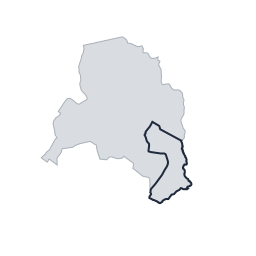 Western Bahr el Ghazal on a map of South Sudan (Robinson projection), rotated 216°
{"feature_id": "SDS-873", "entity_name": "Western Bahr el Ghazal", "entity_type": "State", "adm_level": 1, "iso_a3": "SSD", "parent_name": "South Sudan", "parent_adm1": "", "projection": "robinson", "projection_center": [25.577, 8.526], "detail": "fine", "context": "in_parent", "style": "outline", "palette": "slate", "viewbox_px": 256, "rotation_deg": 216, "n_neighbors": 0, "source": "natural_earth", "source_scale": "10m", "svg_char_len": 6637}
<svg xmlns="http://www.w3.org/2000/svg" viewBox="0 0 256 256"><g transform="rotate(216 128 128)"><path d="M193.1,190.6L186.9,197.7L186.4,198.1L185.7,198.6L183.2,198.6L180.6,198.3L178.2,196.5L175.8,197.9L174.2,198.3L173.3,198.5L171.2,198.7L168.1,199.5L166.8,200.4L166.0,201.2L165.4,202.5L165.1,202.7L164.6,202.5L163.8,202.0L162.2,201.2L161.3,199.4L160.6,198.4L160.0,197.8L157.4,199.6L156.2,200.0L155.1,199.9L153.3,198.9L151.2,198.1L150.2,198.1L148.6,199.1L146.8,200.7L145.9,202.3L145.4,203.2L144.8,201.8L144.2,200.9L143.3,200.5L141.6,200.9L141.2,200.4L141.1,199.2L140.8,198.1L140.4,197.2L139.0,196.4L135.6,194.7L133.0,191.4L131.6,189.8L130.7,188.8L129.3,186.1L127.7,184.3L125.8,183.5L124.6,183.9L123.3,185.8L120.9,187.7L119.8,187.7L118.3,186.7L116.5,186.0L113.3,185.7L112.0,186.6L110.2,188.0L108.8,188.8L107.8,188.9L107.0,188.6L106.0,188.4L105.2,188.4L103.5,187.1L102.6,186.2L102.0,185.3L101.0,184.6L99.9,184.1L99.0,183.3L98.6,182.3L98.0,181.0L97.2,179.8L94.5,177.8L93.7,176.5L93.2,175.3L92.1,174.0L91.0,172.2L90.6,169.6L90.5,167.5L90.3,166.5L89.8,165.6L89.2,164.7L88.3,163.8L86.2,162.5L84.0,160.9L82.9,160.0L80.9,159.7L79.7,158.8L78.7,156.8L78.3,155.3L77.2,154.0L76.8,153.2L76.6,152.1L77.4,149.0L76.2,147.9L74.4,146.5L73.2,145.0L72.4,143.5L70.2,141.6L65.3,138.8L62.5,137.0L60.9,135.4L59.6,133.8L59.5,133.2L60.3,131.6L60.5,130.3L59.7,128.8L56.8,126.1L54.5,123.2L52.7,122.2L48.5,121.4L47.2,121.1L46.0,120.5L44.7,119.2L44.3,117.6L44.9,115.1L44.5,114.3L43.8,114.1L44.0,113.5L44.8,112.3L46.1,111.5L49.6,110.3L49.8,109.8L49.9,108.2L50.2,107.4L51.4,105.2L51.6,104.4L51.6,102.5L51.8,101.6L52.1,101.0L53.1,99.9L53.4,99.2L53.6,97.8L53.5,95.0L54.0,93.9L56.2,91.3L56.8,90.1L57.0,89.1L56.9,88.1L57.1,87.0L57.7,86.0L58.3,85.7L59.9,85.4L61.0,85.6L68.8,83.9L69.7,84.1L70.1,85.1L70.1,86.8L70.2,87.6L70.6,88.2L71.9,89.0L72.7,90.3L73.2,90.8L74.4,91.7L80.2,99.3L81.8,100.0L83.4,99.7L86.6,98.1L88.1,97.7L99.1,98.2L100.3,98.0L102.1,101.8L102.9,102.7L114.9,102.7L114.7,101.6L114.9,100.4L117.0,98.1L117.3,97.8L119.1,96.7L121.0,96.0L124.4,95.1L125.7,93.7L126.4,92.5L126.4,90.0L126.9,89.6L127.7,89.0L131.8,86.8L132.4,86.3L139.6,91.5L143.6,95.5L143.9,95.7L144.1,95.8L144.3,95.7L144.5,95.5L145.0,95.3L146.7,95.2L149.9,95.0L151.0,94.6L157.5,87.3L159.1,85.0L159.5,84.5L160.4,82.8L161.4,80.0L161.6,79.7L168.7,72.9L168.9,72.3L169.0,71.9L167.9,69.6L167.7,68.5L167.6,66.7L167.8,63.9L167.7,62.1L167.6,61.7L163.6,56.5L173.6,56.5L173.6,55.9L173.6,55.7L173.4,55.1L173.3,54.3L173.3,53.8L173.3,53.4L173.3,53.2L173.3,52.9L180.6,52.9L180.5,54.3L179.6,57.7L179.7,59.7L179.5,61.9L179.2,62.6L178.9,63.2L178.8,63.4L178.7,63.7L180.3,76.5L180.2,77.0L179.8,77.8L179.7,78.1L179.7,78.3L179.9,78.4L183.2,79.8L183.4,79.9L183.5,80.0L184.7,81.6L191.3,87.7L191.5,88.0L192.2,89.9L192.3,90.2L192.3,90.6L192.3,91.0L192.2,92.1L192.2,92.6L192.3,93.0L192.4,93.4L192.4,93.5L192.4,93.8L191.4,96.0L191.1,97.5L191.0,98.8L191.1,99.6L191.2,100.1L191.3,100.3L194.2,100.4L194.2,101.1L194.6,112.6L194.6,113.9L194.5,115.5L194.2,116.1L193.4,117.1L192.4,117.9L189.9,118.1L187.7,118.1L186.2,117.9L184.2,117.8L182.2,118.0L181.5,118.7L179.0,124.8L178.2,126.4L178.0,127.3L178.2,127.8L179.2,128.6L181.4,129.7L184.0,130.3L185.8,130.6L187.1,130.9L188.1,131.2L191.7,134.0L192.9,135.3L193.5,136.4L193.7,137.6L194.2,138.9L197.5,142.7L200.6,144.5L201.8,146.5L202.9,147.5L204.0,148.6L204.6,150.2L206.0,154.8L206.9,157.2L207.9,159.2L208.3,162.4L209.0,163.8L209.8,165.6L211.0,167.2L212.4,168.4L212.6,168.7L199.2,183.7L193.1,190.6Z" fill="#d9dde1" stroke="#a8b0b8" stroke-width="1"/><path d="M45.5,120.9L45.4,120.9L44.9,120.8L44.7,120.7L44.3,120.4L43.9,120.1L43.5,119.6L43.4,119.1L43.4,118.6L43.6,118.0L44.5,116.4L44.6,116.2L45.2,115.7L45.3,115.6L45.3,115.3L44.9,115.0L44.8,114.7L45.1,114.0L45.1,113.8L44.9,113.6L44.3,113.6L44.1,113.7L44.2,113.3L44.3,113.2L45.2,112.4L45.7,112.2L47.3,111.0L47.7,110.9L49.0,110.8L49.8,110.5L49.9,110.4L50.0,110.3L50.0,108.4L50.1,108.1L51.5,105.4L51.6,105.2L51.9,101.9L52.0,101.6L52.1,101.4L52.5,100.9L53.5,99.8L53.6,99.4L53.6,99.2L53.6,94.6L53.6,94.2L53.8,94.0L54.1,94.0L54.2,93.9L54.4,93.8L54.9,93.3L55.4,93.0L55.6,92.7L56.0,92.1L56.2,91.9L56.4,91.7L56.5,91.3L56.6,91.0L57.0,90.1L57.1,89.6L57.2,89.4L57.1,89.1L57.0,88.8L57.0,88.7L56.9,88.5L56.9,88.4L57.0,88.2L57.7,86.4L57.9,86.2L58.0,86.0L58.3,85.9L58.5,85.8L59.1,85.8L59.3,85.8L59.6,85.6L59.9,85.7L60.0,85.6L60.3,85.5L60.5,85.6L60.8,85.7L61.0,85.7L61.3,85.6L61.5,85.7L62.0,85.5L62.2,85.4L62.3,85.4L62.5,85.4L62.8,85.3L63.0,85.2L63.4,85.2L64.0,85.2L64.3,85.1L65.5,84.6L66.2,84.5L66.2,84.4L66.7,84.4L67.1,84.4L67.3,84.3L68.0,84.3L68.3,84.2L68.6,84.1L69.3,83.9L69.5,83.9L70.1,84.8L70.2,85.0L70.3,85.1L70.4,87.8L70.4,88.0L70.5,88.1L71.2,88.6L71.4,88.7L71.8,88.8L72.0,88.9L72.0,89.0L73.0,90.8L73.2,91.0L73.4,91.3L73.5,92.7L73.0,98.6L72.9,109.9L73.7,115.8L73.8,118.2L74.1,120.5L74.7,122.5L75.6,123.9L76.5,124.8L81.5,128.5L82.1,128.8L82.6,128.9L83.0,128.8L83.4,128.7L83.8,128.6L84.7,128.0L86.4,126.7L95.5,121.9L97.6,121.2L98.3,122.0L100.3,125.7L101.2,127.0L101.6,127.4L101.8,127.6L102.1,127.7L104.4,128.2L105.1,128.5L106.2,129.3L107.5,130.4L109.4,131.6L110.0,131.8L110.5,132.1L110.7,132.5L110.7,133.0L110.6,133.4L110.5,133.8L110.6,134.1L111.2,134.6L111.4,135.0L111.5,135.7L111.4,138.5L111.2,141.2L111.3,143.4L111.9,147.3L104.2,148.0L103.8,147.9L103.7,147.9L101.2,145.9L78.0,149.0L77.6,149.1L77.6,148.7L76.9,148.3L76.0,147.9L75.5,147.6L75.2,147.3L74.6,146.8L74.1,146.1L73.9,146.0L73.6,145.9L73.3,145.7L73.1,145.5L73.0,145.3L73.0,145.1L73.0,144.9L72.9,144.8L73.0,144.7L72.9,144.5L72.7,144.5L72.4,144.1L72.4,143.2L72.3,142.8L71.6,142.7L71.4,142.7L71.3,142.3L71.1,142.3L70.8,142.2L70.7,142.2L70.2,141.9L70.1,141.7L70.1,141.4L70.0,141.2L69.8,141.1L69.1,141.0L68.8,140.9L68.7,140.7L68.7,140.4L68.2,140.3L68.1,140.2L67.8,140.0L67.7,139.9L67.4,139.9L66.9,139.5L66.6,139.4L65.7,139.1L65.4,139.0L64.8,138.3L64.5,138.1L64.3,138.1L64.0,138.2L63.6,138.0L63.0,137.5L62.2,137.0L62.0,136.8L61.8,136.6L61.7,136.3L61.6,135.8L61.5,135.6L61.4,135.5L61.1,135.4L60.9,135.2L60.8,134.9L60.7,134.8L60.5,134.7L59.6,134.1L59.3,133.3L59.2,133.0L59.2,132.8L59.5,132.4L60.5,132.0L60.9,131.7L60.9,131.4L60.9,131.1L60.8,130.9L60.7,130.6L60.8,129.9L60.8,129.7L60.7,129.4L60.5,128.9L60.3,128.4L60.2,128.1L60.0,127.9L59.6,127.7L59.4,127.5L59.0,127.4L58.7,127.4L58.3,127.5L58.1,127.5L57.6,127.3L57.1,126.9L56.4,126.0L56.3,125.9L56.2,125.8L56.1,125.7L56.0,125.3L55.6,124.9L55.6,124.3L55.5,124.0L54.2,122.7L53.7,122.4L52.8,122.3L52.3,122.0L52.0,122.0L51.7,122.0L50.9,121.8L49.8,122.0L49.3,122.0L48.8,121.6L48.7,121.6L48.5,121.4L48.4,121.3L48.1,120.9L47.6,120.9L46.6,121.3L46.3,121.0L46.1,121.0L46.0,120.9L45.8,120.9L45.5,120.9Z" fill="none" stroke="#1e293b" stroke-width="2"/></g></svg>